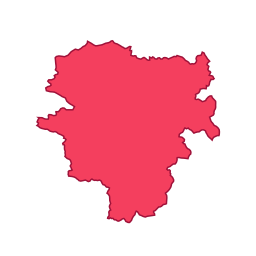 outline of Lipis, Pahang, Malaysia, rotated 285°
{"feature_id": "92858781B59638700004022", "entity_name": "Lipis", "entity_type": "district", "adm_level": 2, "iso_a3": "MYS", "parent_name": "Malaysia", "parent_adm1": "Pahang", "projection": "albers", "projection_center": [101.906, 4.344], "detail": "fine", "context": "isolated", "style": "filled", "palette": "rose", "viewbox_px": 256, "rotation_deg": 285, "n_neighbors": 0, "source": "geoboundaries", "source_scale": "gbopen_adm2", "svg_char_len": 5645}
<svg xmlns="http://www.w3.org/2000/svg" viewBox="0 0 256 256"><g transform="rotate(285 128 128)"><path d="M66.2,83.1L66.7,86.6L66.7,88.9L66.3,90.6L65.7,91.7L65.2,93.2L64.5,94.3L64.5,96.1L65.8,98.7L66.7,100.3L66.4,101.9L66.0,103.5L66.8,104.9L68.4,105.5L69.4,106.4L68.8,107.9L68.8,109.5L69.3,110.4L69.3,111.4L69.4,112.3L70.3,113.9L70.1,115.3L69.3,116.2L68.0,117.2L66.8,118.6L66.9,120.2L65.4,122.4L65.6,124.1L65.3,125.6L63.7,125.7L62.5,125.1L59.6,124.6L59.2,125.7L57.7,127.6L56.6,128.1L55.1,128.6L53.4,129.1L52.0,129.9L50.6,130.8L48.5,130.3L47.1,130.4L45.7,131.3L44.3,132.5L43.4,131.6L41.9,131.2L39.9,132.0L38.2,132.4L36.6,131.6L35.5,131.7L35.5,133.2L36.7,134.0L36.5,134.8L36.3,135.6L36.7,136.5L36.8,137.0L36.2,137.8L35.8,138.5L36.0,139.3L36.1,140.2L35.5,141.9L35.7,143.2L37.6,145.3L38.8,146.1L39.5,147.4L38.6,148.8L37.2,150.1L36.8,152.6L37.2,154.0L39.7,155.3L42.0,155.5L44.2,156.1L46.1,157.1L48.0,157.1L49.8,157.5L49.6,158.8L48.2,160.4L47.1,161.5L46.9,163.6L46.5,165.6L46.5,167.7L47.8,169.6L50.7,176.3L51.9,175.9L53.1,174.6L54.2,174.3L55.3,175.7L59.0,177.7L59.7,178.1L60.1,179.4L61.1,180.6L63.3,182.0L63.9,183.4L64.8,184.7L70.5,183.6L71.8,183.2L73.0,182.7L73.8,181.8L74.8,181.0L76.2,182.1L77.8,183.1L79.5,183.9L81.8,184.6L83.6,184.7L84.9,184.5L86.5,185.0L88.1,185.8L89.6,185.6L91.6,184.0L92.6,182.6L93.2,181.1L94.8,181.1L95.5,180.3L97.6,179.9L98.3,178.9L97.6,177.3L98.3,176.1L100.3,176.6L101.8,178.7L102.9,179.4L104.9,181.0L105.5,182.9L107.3,183.6L109.1,183.7L110.2,183.6L111.3,183.2L112.1,183.2L112.7,184.9L112.8,187.1L113.4,189.9L113.9,193.9L115.8,193.9L118.0,194.5L119.1,195.3L121.0,195.0L122.3,194.1L123.2,192.5L123.5,190.9L124.5,189.4L125.8,188.2L127.3,187.1L127.3,185.8L128.2,184.5L129.5,185.7L131.3,185.6L132.2,184.6L133.1,182.4L132.9,181.0L132.8,179.5L135.2,179.2L136.8,180.4L138.0,181.8L140.0,182.4L141.2,182.4L142.8,183.0L142.3,184.5L143.5,186.2L142.6,187.7L142.2,189.9L141.1,191.5L140.1,193.0L141.2,194.4L142.1,196.0L142.8,197.8L144.4,198.9L145.3,199.9L145.8,201.4L145.3,203.6L143.7,204.6L142.6,205.8L141.0,207.2L140.0,208.8L139.0,210.9L138.1,212.4L139.3,212.5L141.1,213.1L142.3,214.4L143.8,216.2L144.2,217.8L145.5,217.8L147.9,217.3L149.8,216.6L151.2,215.2L152.4,213.0L152.8,210.6L154.7,208.4L155.1,207.6L156.3,206.2L157.7,205.3L159.6,204.0L161.3,205.8L162.6,207.1L164.0,207.4L165.4,206.9L166.5,206.9L167.6,206.9L169.2,207.4L170.8,207.3L172.8,206.7L175.0,206.2L176.5,205.7L177.6,204.0L179.1,201.6L180.6,200.5L180.2,199.0L178.8,197.6L177.1,196.7L175.9,196.1L174.7,196.0L173.5,194.4L172.7,192.9L173.0,192.1L173.5,190.9L173.7,189.8L174.1,188.7L173.8,187.8L173.2,186.6L173.3,185.5L174.6,185.1L175.5,185.4L176.8,185.2L177.7,184.6L178.7,185.2L179.1,186.1L180.5,187.3L182.5,187.8L184.2,187.7L185.5,190.1L185.8,191.1L186.1,193.3L187.8,193.2L189.2,192.8L189.1,194.1L189.7,195.0L191.2,195.2L192.7,195.1L193.9,195.0L195.0,195.4L196.5,195.6L196.6,196.6L197.0,197.8L198.0,198.4L198.7,197.5L199.8,196.7L200.1,195.7L200.0,194.3L199.9,192.8L201.0,193.0L203.2,193.4L203.9,192.5L204.0,191.2L205.4,189.9L205.9,190.0L208.5,190.1L209.1,188.9L209.6,187.9L211.7,188.2L213.6,189.6L215.1,187.3L215.4,186.8L217.0,185.2L218.3,183.5L220.1,182.1L220.5,180.1L219.1,180.0L217.2,179.7L216.6,178.4L215.9,176.7L214.4,175.8L212.5,175.8L211.0,176.8L209.6,176.8L207.7,176.1L206.8,174.7L206.7,173.2L205.9,172.1L206.1,170.8L207.2,169.5L207.7,168.1L208.2,165.8L208.9,165.0L209.8,163.5L210.5,161.9L210.5,160.3L210.7,156.6L209.4,156.0L209.1,154.0L207.8,152.5L206.1,150.3L205.1,149.2L205.7,147.1L205.6,145.4L205.0,144.1L203.6,143.3L203.1,141.8L204.0,140.3L203.4,138.8L202.1,138.1L201.8,136.2L202.9,134.5L203.0,133.3L201.8,132.9L201.8,132.2L202.1,130.5L200.3,131.0L199.2,131.4L198.7,130.1L198.9,128.6L199.8,127.0L200.3,125.2L199.3,123.9L198.2,123.1L197.8,122.0L197.8,119.8L198.1,118.2L199.7,116.9L199.5,115.7L198.8,114.3L198.9,112.0L201.1,111.7L202.3,111.8L203.6,111.4L203.2,110.9L203.4,109.6L205.5,109.7L207.3,109.7L207.2,108.6L206.2,107.5L204.7,106.1L203.9,104.4L204.6,102.8L204.7,101.7L205.5,99.2L205.9,97.7L206.4,95.8L206.4,93.8L206.8,92.3L207.9,91.2L208.2,90.2L207.4,89.0L206.2,88.2L205.3,87.0L204.1,84.5L201.6,81.3L199.3,76.5L199.0,75.2L199.4,73.2L200.3,70.6L201.3,66.5L199.3,66.7L196.4,65.3L195.1,63.6L192.6,61.9L190.5,59.8L190.5,56.7L187.0,53.4L182.8,51.3L180.4,48.2L180.2,45.9L179.7,42.6L178.5,40.3L177.0,39.5L175.0,40.3L172.2,41.3L169.5,42.4L167.5,43.0L165.4,42.8L164.6,44.4L163.7,46.1L161.8,46.1L160.8,44.2L159.4,43.2L158.3,44.4L156.4,43.8L154.8,41.7L154.0,39.0L152.5,38.4L151.3,40.1L150.8,41.9L149.4,42.6L148.1,41.5L147.3,39.9L145.4,38.2L142.9,39.5L142.9,43.4L143.4,46.1L143.6,47.8L143.1,50.1L141.9,54.6L141.3,56.3L141.1,58.0L140.8,59.8L139.6,60.7L138.1,61.9L136.9,64.2L136.3,65.7L135.7,68.1L134.8,70.8L131.3,70.0L130.9,68.6L130.2,65.9L129.6,63.6L130.7,61.3L130.5,59.8L129.2,58.0L127.5,57.5L125.7,56.5L125.1,54.2L124.4,54.4L123.0,55.3L121.5,55.0L120.7,52.8L120.9,50.3L120.5,48.2L119.2,47.8L117.6,48.6L115.9,48.6L115.3,46.3L115.3,44.7L115.7,42.4L114.9,38.9L114.6,39.7L113.2,39.0L110.4,38.6L110.1,38.8L109.7,40.2L108.1,40.2L106.8,39.4L106.5,40.9L105.6,42.6L105.3,44.5L105.4,48.5L105.9,50.1L105.7,51.5L105.1,52.7L104.8,53.7L104.8,55.2L104.9,56.9L105.7,58.5L105.4,60.4L104.6,61.9L104.3,63.7L104.1,65.6L103.7,66.7L103.5,67.9L102.5,68.6L101.5,68.5L101.4,70.2L100.9,71.1L98.8,70.6L96.3,68.9L95.1,69.6L95.4,70.5L94.5,71.3L93.0,71.6L91.2,72.1L89.0,73.5L87.6,73.6L86.5,74.2L85.3,74.6L84.3,74.4L83.8,75.2L83.4,76.1L82.8,77.1L82.5,79.7L81.9,80.7L80.8,81.5L78.9,82.6L78.0,82.5L76.8,82.0L75.9,82.3L75.3,83.1L74.0,83.9L73.0,84.9L72.3,84.2L71.9,83.1L71.5,82.2L70.4,81.6L69.6,81.9L68.6,82.1L67.7,82.2L67.1,82.7L66.2,83.1Z" fill="#f43f5e" stroke="#9f1239" stroke-width="1.5"/></g></svg>